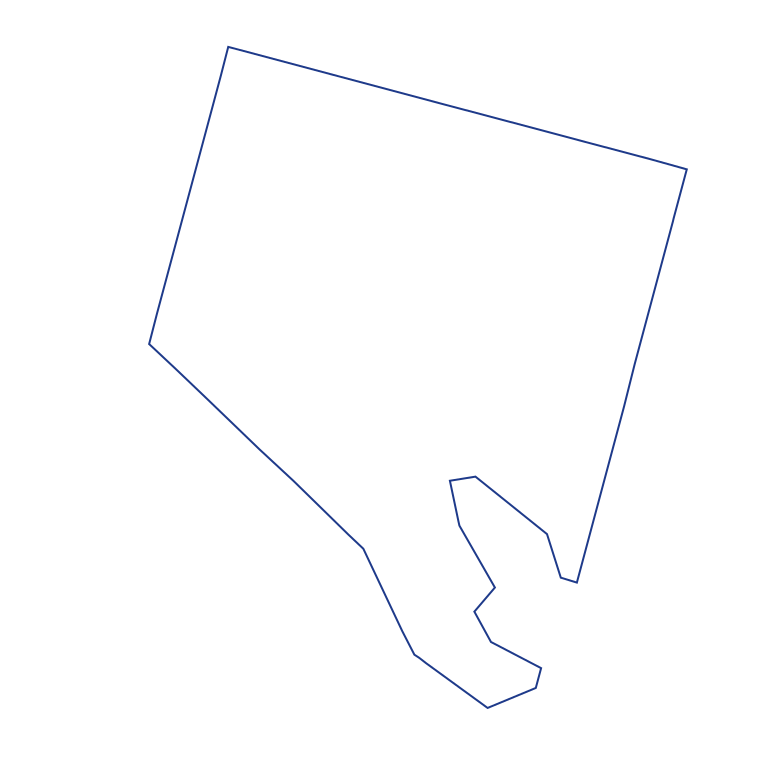 the district of Baltimore, Maryland, United States of America, rotated 15°
{"feature_id": "52423323B61620821136351", "entity_name": "Baltimore", "entity_type": "district", "adm_level": 2, "iso_a3": "USA", "parent_name": "United States of America", "parent_adm1": "Maryland", "projection": "natural_earth1", "projection_center": [-76.591, 39.285], "detail": "fine", "context": "isolated", "style": "outline", "palette": "blue", "viewbox_px": 768, "rotation_deg": 15, "n_neighbors": 0, "source": "geoboundaries", "source_scale": "gbopen_adm2", "svg_char_len": 675}
<svg xmlns="http://www.w3.org/2000/svg" viewBox="0 0 768 768"><g transform="rotate(15 384 384)"><path d="M388.6,538.7L406.7,548.5L465.7,618.1L483.4,637.6L488.9,639.4L496.7,642.7L567.9,670.1L609.3,638.3L609.3,617.8L555.9,605.9L554.1,605.5L530.3,580.6L530.2,580.5L543.8,551.9L493.5,501.3L491.4,497.3L472.8,460.6L472.7,460.4L495.9,450.0L496.3,449.8L512.2,456.8L580.3,486.8L604.9,525.3L621.7,525.9L621.7,343.5L621.0,299.9L621.0,152.2L620.9,149.0L620.9,98.3L583.1,97.9L515.8,98.1L483.9,98.1L368.8,98.4L146.3,98.7L146.6,128.5L146.6,156.1L146.5,375.1L146.8,406.2L178.6,423.2L215.9,443.6L280.7,479.4L321.6,501.0L388.6,538.7Z" fill="none" stroke="#1e3a8a" stroke-width="2"/></g></svg>